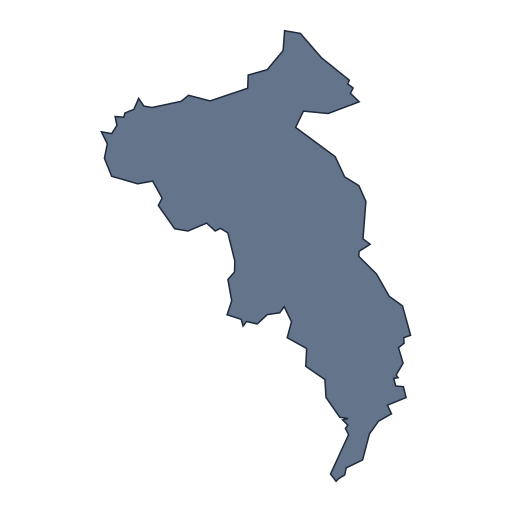 outline of Krushevo, Kruševo, North Macedonia
{"feature_id": "65306769B95473368394754", "entity_name": "Krushevo", "entity_type": "district", "adm_level": 2, "iso_a3": "MKD", "parent_name": "North Macedonia", "parent_adm1": "Kruševo", "projection": "natural_earth1", "projection_center": [21.252, 41.35], "detail": "fine", "context": "isolated", "style": "filled", "palette": "slate", "viewbox_px": 512, "rotation_deg": 0, "n_neighbors": 0, "source": "geoboundaries", "source_scale": "gbopen_adm2", "svg_char_len": 1295}
<svg xmlns="http://www.w3.org/2000/svg" viewBox="0 0 512 512"><path d="M111.7,176.3L137.7,183.8L152.7,181.1L162.1,198.2L158.3,205.5L174.7,228.8L188.0,231.0L206.6,223.1L215.2,231.0L220.4,228.4L227.8,232.8L234.8,261.0L234.5,272.0L227.9,279.5L231.7,300.8L227.1,314.8L241.2,319.3L243.1,326.1L246.5,321.5L257.2,324.0L267.3,314.6L279.7,312.8L284.2,306.7L291.5,321.7L287.2,337.7L306.6,348.5L305.8,366.4L324.9,379.5L326.0,397.4L339.8,417.3L348.1,418.5L342.6,419.9L347.8,425.1L345.4,428.5L348.6,434.6L330.5,474.1L336.1,481.3L338.5,478.7L344.7,474.9L346.2,467.9L362.6,459.9L369.4,434.0L378.5,421.2L391.5,413.8L387.4,405.2L406.1,397.5L403.4,386.7L395.7,386.0L393.7,378.4L398.1,377.7L396.1,375.0L403.1,363.2L398.5,347.7L404.1,343.2L403.7,337.7L410.6,335.3L402.5,305.9L389.2,296.3L376.6,274.1L358.8,256.4L359.1,251.3L370.1,244.3L363.0,238.9L365.9,201.5L358.9,185.7L344.6,176.8L335.2,156.7L295.6,127.4L303.4,111.1L328.2,113.5L359.2,101.8L350.4,93.3L353.1,88.0L347.7,83.9L349.3,80.2L321.6,57.9L300.3,33.4L284.6,30.7L283.1,50.6L267.2,69.7L248.2,75.0L247.7,88.2L210.1,100.9L188.5,95.3L181.2,101.3L152.0,107.5L143.9,106.1L138.6,98.4L133.9,109.4L124.9,113.0L123.8,117.2L115.1,116.5L116.9,125.4L111.7,133.6L101.4,131.8L107.3,143.9L104.4,158.3L111.7,176.3Z" fill="#64748b" stroke="#1e293b" stroke-width="1.5"/></svg>